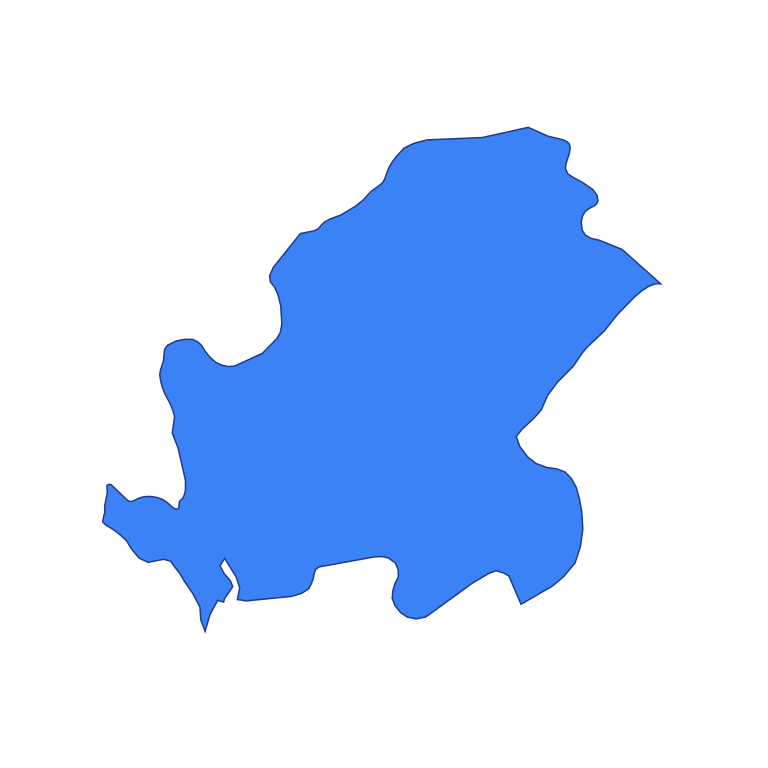 Đồng Nai, Mercator projection, rotated 15°
{"feature_id": "VNM-497", "entity_name": "Đồng Nai", "entity_type": "Province", "adm_level": 1, "iso_a3": "VNM", "parent_name": "Vietnam", "parent_adm1": "", "projection": "mercator", "projection_center": [107.117, 11.067], "detail": "fine", "context": "isolated", "style": "filled", "palette": "blue", "viewbox_px": 768, "rotation_deg": 15, "n_neighbors": 0, "source": "natural_earth", "source_scale": "10m", "svg_char_len": 2713}
<svg xmlns="http://www.w3.org/2000/svg" viewBox="0 0 768 768"><g transform="rotate(15 384 384)"><path d="M282.8,636.1L279.3,636.1L275.6,652.1L275.2,669.2L268.1,659.3L264.0,647.2L253.3,635.7L243.2,627.1L235.8,619.9L229.3,615.0L223.8,610.4L216.4,610.4L209.0,614.0L202.5,617.3L192.5,615.6L182.4,608.4L176.0,602.1L169.2,598.5L164.0,596.2L158.8,594.2L152.7,592.6L148.0,590.2L147.4,583.4L147.6,580.7L145.7,573.4L144.8,560.3L142.6,553.6L144.7,552.0L146.3,551.8L166.3,562.7L168.6,563.3L170.0,563.0L171.7,562.1L176.7,557.8L179.5,556.0L183.5,554.2L188.3,552.9L193.8,552.4L199.1,552.7L203.3,553.8L207.6,555.7L211.5,557.8L213.9,558.6L215.6,558.6L216.7,558.2L217.5,557.7L217.7,556.9L217.7,555.8L217.0,551.7L217.0,550.2L217.5,549.1L218.4,547.9L219.2,546.5L219.8,543.0L219.7,538.0L217.2,528.5L201.7,499.2L192.2,486.2L190.1,469.4L186.7,463.9L181.5,457.2L175.4,450.8L170.5,444.2L167.2,438.2L165.0,433.2L164.5,428.6L165.0,417.9L163.8,412.6L163.1,407.4L165.0,402.4L172.4,396.1L180.0,392.4L187.3,390.5L193.0,391.4L197.7,393.9L202.8,398.7L208.7,403.1L215.8,406.6L222.7,407.8L229.2,407.4L235.0,405.4L258.7,385.7L268.7,367.9L270.5,361.0L269.8,352.4L263.9,334.9L258.2,324.8L252.8,318.3L247.8,314.8L245.5,309.0L247.0,299.7L264.3,260.3L276.9,254.1L280.3,251.0L282.7,246.1L284.7,242.9L289.3,238.5L298.5,232.0L310.1,220.0L316.0,212.1L321.8,201.2L329.0,192.3L331.0,188.7L331.7,184.5L332.6,174.5L334.5,167.3L337.6,159.9L342.5,150.7L350.8,143.6L362.6,137.0L415.1,120.5L456.8,98.8L478.3,102.2L493.9,101.8L498.3,102.7L501.1,104.4L502.4,107.1L503.1,110.0L503.3,113.8L502.8,124.4L503.4,128.7L507.0,133.3L513.2,135.5L523.7,138.0L535.4,142.1L541.0,146.7L543.3,151.8L542.8,154.9L541.1,157.4L535.9,162.3L533.5,165.5L532.3,170.3L532.5,176.1L535.5,184.0L539.8,187.9L546.3,189.8L554.8,189.4L579.1,192.4L625.4,215.7L621.2,216.6L618.6,218.1L614.5,221.1L609.0,227.1L603.2,235.5L591.1,257.2L583.2,275.5L570.5,296.2L567.7,302.1L562.1,318.1L551.2,337.1L544.9,352.8L542.7,368.0L538.0,377.6L528.8,392.4L525.4,400.5L531.3,409.2L541.5,417.2L551.2,421.4L562.8,422.5L572.5,421.3L581.6,422.1L589.3,426.7L596.2,433.8L602.8,444.9L608.1,456.3L613.6,472.6L615.8,490.0L614.9,507.3L607.5,523.3L599.3,535.2L573.4,561.3L554.4,537.2L548.7,535.6L540.5,535.4L533.8,540.3L521.2,553.1L484.7,598.2L475.8,602.6L467.0,603.1L459.2,600.5L452.1,595.3L447.4,588.9L446.1,581.8L446.2,573.9L447.8,566.5L445.8,559.7L441.4,554.0L433.3,550.9L426.6,551.2L419.0,553.7L368.6,577.5L365.9,580.9L365.7,584.7L366.0,590.2L365.5,595.6L364.4,601.1L358.8,607.4L349.4,613.2L306.7,629.3L302.1,629.6L298.4,630.2L298.2,630.2L297.3,618.2L291.4,608.9L275.2,593.7L272.7,602.0L278.5,608.4L286.4,613.7L290.4,618.8L285.5,632.9L285.5,636.1L282.8,636.1Z" fill="#3b82f6" stroke="#1e3a8a" stroke-width="1.5"/></g></svg>